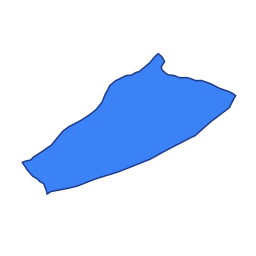 outline of Keana, Nassarawa, Nigeria, rotated 324°
{"feature_id": "59680162B98467355573765", "entity_name": "Keana", "entity_type": "district", "adm_level": 2, "iso_a3": "NGA", "parent_name": "Nigeria", "parent_adm1": "Nassarawa", "projection": "orthographic", "projection_center": [8.821, 8.173], "detail": "fine", "context": "isolated", "style": "filled", "palette": "blue", "viewbox_px": 256, "rotation_deg": 324, "n_neighbors": 0, "source": "geoboundaries", "source_scale": "gbopen_adm2", "svg_char_len": 1297}
<svg xmlns="http://www.w3.org/2000/svg" viewBox="0 0 256 256"><g transform="rotate(324 128 128)"><path d="M234.1,165.2L233.8,164.2L232.9,161.3L232.3,160.2L230.8,157.4L228.8,154.7L228.3,154.0L227.4,152.6L225.7,150.2L223.7,146.4L221.1,141.2L219.9,139.3L217.8,136.3L216.2,134.0L215.4,132.8L214.8,132.3L212.4,130.7L211.0,129.7L210.5,129.3L209.0,126.9L207.8,125.1L207.3,124.4L205.2,121.7L202.8,120.1L200.6,118.6L198.7,116.9L197.2,114.3L196.7,113.3L195.0,111.5L191.8,108.7L190.5,105.3L189.7,100.5L191.1,97.9L193.7,97.0L196.6,95.8L196.9,93.9L197.2,91.3L197.2,89.8L196.3,85.7L194.6,85.7L190.6,86.3L184.9,87.8L179.4,88.4L169.9,88.9L167.3,87.8L161.8,87.2L157.4,84.5L153.6,83.8L145.5,82.4L139.7,82.9L137.9,83.0L135.1,84.7L130.0,87.0L122.2,91.8L113.4,94.3L106.6,94.7L93.6,94.1L91.6,93.8L89.2,93.4L81.2,92.2L73.9,92.2L66.0,94.1L55.5,96.9L53.7,96.7L53.0,96.6L46.0,96.6L42.4,96.4L38.4,96.2L33.7,96.0L30.7,96.7L24.8,94.3L22.3,93.7L21.9,102.9L22.1,105.8L22.6,111.1L24.9,116.3L25.1,119.3L27.0,123.4L26.4,126.2L25.1,131.0L23.8,133.9L28.3,134.1L42.3,140.8L52.9,145.2L53.6,145.4L58.0,146.5L71.9,150.1L92.7,157.2L94.9,157.9L97.9,158.7L127.3,166.2L127.9,166.3L142.4,168.1L151.0,169.3L173.6,172.8L177.6,173.6L198.2,171.6L221.9,171.1L231.5,166.2L234.1,165.2Z" fill="#3b82f6" stroke="#1e3a8a" stroke-width="1.5"/></g></svg>